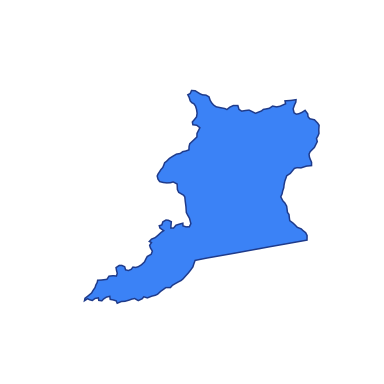 the district of Fernandes Pinheiro, Paraná, Brazil, rotated 245°
{"feature_id": "56859067B35886428615135", "entity_name": "Fernandes Pinheiro", "entity_type": "district", "adm_level": 2, "iso_a3": "BRA", "parent_name": "Brazil", "parent_adm1": "Paraná", "projection": "natural_earth1", "projection_center": [-50.502, -25.483], "detail": "fine", "context": "isolated", "style": "filled", "palette": "blue", "viewbox_px": 384, "rotation_deg": 245, "n_neighbors": 0, "source": "geoboundaries", "source_scale": "gbopen_adm2", "svg_char_len": 3093}
<svg xmlns="http://www.w3.org/2000/svg" viewBox="0 0 384 384"><g transform="rotate(245 192 192)"><path d="M281.9,229.3L278.9,229.4L275.3,228.9L273.0,229.6L271.2,231.0L268.4,231.5L264.9,231.0L261.2,229.9L258.1,227.8L256.7,224.9L255.3,221.9L252.6,221.2L250.5,224.5L246.9,226.3L243.0,221.3L239.8,219.7L237.7,213.4L236.7,210.4L234.5,208.6L231.5,207.0L231.8,203.5L232.5,200.7L231.9,197.6L232.9,193.9L232.5,189.5L232.0,185.7L230.6,181.9L230.1,179.6L228.0,177.5L226.5,175.8L225.4,173.2L223.9,170.9L222.7,168.9L221.2,167.2L218.0,166.6L215.1,167.1L212.8,169.9L210.9,173.0L209.5,176.4L209.1,179.2L205.5,181.9L200.4,179.8L197.3,179.8L192.7,183.0L190.6,183.4L186.3,181.9L181.2,180.3L178.4,179.2L175.8,178.2L172.9,178.3L169.3,178.6L167.0,178.2L163.8,177.6L161.6,174.9L162.9,171.9L165.1,169.5L167.6,170.5L168.2,167.1L168.7,163.5L167.1,160.0L168.3,157.6L170.9,159.0L173.8,160.7L176.3,158.7L177.6,156.6L177.3,153.0L174.9,150.7L175.3,148.1L172.9,147.7L168.9,150.0L168.5,147.2L167.1,142.8L166.2,139.3L166.4,135.4L165.2,132.4L163.3,133.9L161.6,131.1L158.8,130.7L155.2,131.1L152.8,128.7L152.5,124.2L150.8,121.9L148.7,119.4L147.4,115.4L147.0,111.7L147.4,109.1L148.9,106.7L147.6,104.3L147.7,101.2L149.5,98.9L152.7,99.4L155.1,97.4L156.2,95.0L155.6,91.2L152.7,90.4L149.9,89.9L147.8,88.0L149.5,85.0L150.8,81.2L148.8,78.0L150.5,72.7L151.9,69.2L150.1,67.9L148.3,65.5L146.4,63.8L144.5,60.6L142.9,58.3L141.7,53.7L140.9,50.1L138.9,48.6L139.4,52.3L137.6,53.7L135.8,55.8L136.5,59.2L135.6,62.4L133.2,61.7L131.5,64.3L132.4,66.6L132.9,70.0L132.2,73.4L129.2,72.5L127.7,74.7L125.4,77.3L122.8,77.2L122.6,81.7L121.3,85.0L120.6,89.3L120.4,92.0L119.7,95.0L116.3,97.4L116.3,101.8L117.4,104.0L114.9,106.8L114.6,111.6L113.9,115.1L113.9,117.6L115.2,121.6L116.4,127.9L114.5,132.0L115.7,134.8L116.0,137.5L116.3,141.7L116.4,144.6L117.0,147.0L118.6,150.7L120.2,154.5L121.7,157.5L123.7,161.1L126.1,163.3L128.7,165.9L125.9,177.4L118.3,205.7L109.7,238.7L105.3,255.2L99.8,275.9L103.9,277.9L107.1,277.8L110.3,276.2L112.4,275.4L115.5,272.5L118.7,271.4L121.2,270.4L124.7,268.5L126.8,269.1L130.7,270.4L133.2,269.9L137.2,271.2L139.2,271.8L142.9,271.5L145.6,270.6L150.1,270.4L152.3,272.9L154.6,274.6L157.0,276.9L159.5,278.4L162.6,280.7L165.0,283.1L166.7,284.7L167.3,288.9L168.7,291.8L170.1,294.8L169.7,297.4L167.8,301.0L167.1,306.6L165.4,311.5L168.4,312.9L171.9,313.0L174.1,313.2L176.9,314.1L178.6,316.1L180.7,321.8L182.4,323.9L184.7,326.8L188.0,327.5L189.4,329.6L191.4,331.8L195.0,333.3L198.8,335.4L201.3,335.0L205.7,333.5L208.6,329.7L211.3,329.0L213.9,329.9L218.2,329.0L217.7,325.2L217.8,321.9L218.4,319.5L220.6,318.0L224.6,318.8L227.7,321.8L229.5,324.0L231.7,325.3L233.1,320.6L235.3,314.8L232.4,314.1L232.5,308.1L233.4,304.6L235.8,301.4L235.2,297.5L236.0,294.1L236.7,291.6L236.1,289.2L236.5,282.8L240.2,279.9L242.1,278.3L243.2,275.1L244.3,271.2L247.0,269.5L251.0,270.1L252.9,266.0L252.9,262.1L252.0,258.5L253.7,257.1L256.1,253.8L259.0,249.9L261.7,248.3L264.5,247.5L267.3,247.2L271.1,247.6L273.9,245.6L275.7,242.5L277.6,240.8L279.7,239.4L282.4,237.7L284.2,234.5L282.0,232.0L281.9,229.3Z" fill="#3b82f6" stroke="#1e3a8a" stroke-width="1.5"/></g></svg>